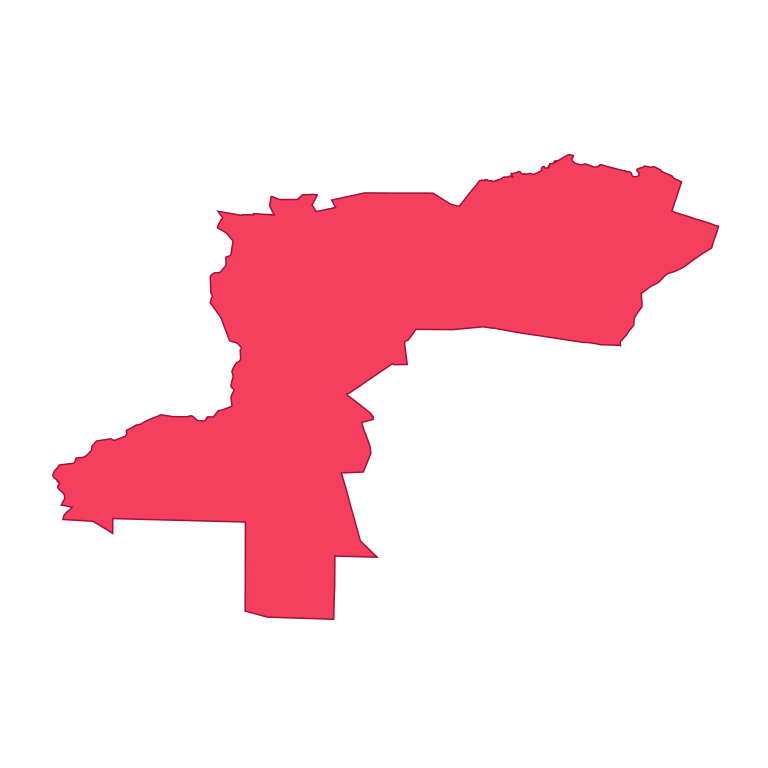 outline of Blontu pag., Ciblas, Latvia, rotated 183°
{"feature_id": "27541924B11369023113792", "entity_name": "Blontu pag.", "entity_type": "district", "adm_level": 2, "iso_a3": "LVA", "parent_name": "Latvia", "parent_adm1": "Ciblas", "projection": "robinson", "projection_center": [27.846, 56.653], "detail": "fine", "context": "isolated", "style": "filled", "palette": "rose", "viewbox_px": 768, "rotation_deg": 183, "n_neighbors": 0, "source": "geoboundaries", "source_scale": "gbopen_adm2", "svg_char_len": 6141}
<svg xmlns="http://www.w3.org/2000/svg" viewBox="0 0 768 768"><g transform="rotate(183 384 384)"><path d="M381.8,210.7L399.3,225.9L405.0,242.7L405.7,245.2L410.5,259.2L416.1,276.4L421.9,292.8L421.8,293.2L418.6,293.4L418.5,293.2L400.2,295.0L399.9,295.2L394.0,312.6L393.5,313.9L394.3,318.9L394.8,321.2L399.6,332.9L400.0,333.2L402.7,339.8L404.3,344.4L393.0,348.1L393.1,349.5L392.9,350.3L394.9,352.9L395.6,353.5L395.8,353.8L395.7,354.0L396.4,354.2L396.8,354.8L397.2,355.1L412.3,365.7L420.0,370.9L420.9,372.1L419.6,372.5L417.8,373.4L406.2,382.1L405.5,382.8L376.7,404.7L375.0,403.8L361.8,404.7L363.9,416.3L365.4,424.2L365.5,427.8L362.4,428.9L356.9,436.9L355.2,440.2L317.8,441.9L288.2,446.3L278.1,445.4L277.7,445.6L252.7,442.4L187.5,436.0L180.7,436.0L174.2,435.3L169.7,434.6L150.8,435.0L149.8,434.7L150.0,436.4L150.3,437.7L150.0,438.7L144.8,445.2L142.0,449.8L137.6,455.9L137.7,462.5L134.6,468.3L130.4,474.6L130.7,479.5L131.2,481.7L131.7,488.0L122.7,495.5L117.9,498.1L115.0,500.1L113.8,501.3L108.9,507.1L106.9,508.7L105.9,509.3L101.4,510.9L98.8,512.0L91.4,516.1L87.3,519.4L87.1,519.3L85.1,521.2L82.7,523.2L73.5,530.4L63.8,537.1L63.0,541.2L61.9,545.6L60.8,548.8L58.1,559.0L62.2,559.9L66.8,561.5L83.1,565.5L88.0,567.0L98.9,569.7L101.2,570.1L105.5,571.9L97.4,601.4L105.2,604.5L107.3,606.9L118.0,610.7L118.5,612.0L125.1,615.0L125.8,615.1L126.6,615.0L129.3,614.3L132.6,615.0L135.5,615.2L137.4,613.6L139.5,613.2L142.2,611.9L142.8,610.8L142.6,610.3L140.3,608.1L140.2,607.7L140.5,606.8L140.3,606.1L140.8,605.2L141.1,605.0L141.9,604.8L142.8,604.4L145.2,604.0L145.7,604.0L147.0,605.1L147.4,605.7L148.3,607.8L149.4,608.7L150.9,608.9L152.3,608.9L153.4,608.5L154.1,609.2L153.9,609.4L154.0,609.5L155.0,609.8L156.1,609.5L174.9,613.4L177.9,614.3L179.5,614.3L180.1,613.9L180.7,612.9L181.1,613.0L182.0,612.3L184.1,611.8L184.8,611.2L185.3,611.3L187.0,612.1L194.4,614.4L196.8,613.7L197.8,613.1L200.2,613.3L200.8,613.7L201.8,613.7L205.0,614.7L207.3,616.5L208.3,619.0L207.5,619.5L206.9,620.7L206.8,621.6L207.0,622.1L207.4,622.3L209.0,622.3L211.1,622.9L212.5,622.3L222.2,616.0L222.7,616.2L223.6,615.9L223.1,615.3L223.2,614.9L223.4,614.9L223.9,615.4L224.2,615.4L224.7,615.2L225.3,615.6L225.6,615.3L225.7,614.9L225.7,614.6L225.1,614.0L225.4,613.7L226.8,613.4L227.1,613.3L227.2,613.0L227.8,612.9L228.4,612.6L229.7,612.8L230.0,612.6L230.1,612.3L230.0,611.5L230.1,611.1L230.7,610.9L231.3,610.0L231.2,609.8L230.6,609.5L230.7,608.9L231.1,608.5L231.4,608.4L232.4,608.4L234.0,608.0L234.7,608.2L235.0,608.4L235.0,608.6L235.2,608.8L235.2,609.3L235.5,609.4L235.9,609.5L237.0,609.2L238.1,607.6L238.2,607.2L238.1,606.7L237.8,605.9L237.8,605.2L238.0,605.0L240.4,603.9L241.9,602.7L243.2,602.4L243.7,602.2L243.9,602.0L244.0,601.7L244.3,601.5L246.4,601.0L248.2,601.8L249.4,602.0L251.7,601.2L253.9,600.8L254.5,601.5L256.6,600.6L258.3,601.9L258.6,602.1L259.0,602.9L260.6,603.3L263.1,601.9L266.2,600.9L268.1,600.8L266.3,597.3L266.8,597.4L267.7,598.1L269.0,598.4L270.4,597.3L272.7,597.1L273.8,596.7L274.4,597.1L276.2,596.4L276.8,595.8L279.5,594.1L280.9,594.0L281.7,593.5L282.1,593.0L283.0,593.1L285.3,592.0L285.8,591.9L287.3,592.6L288.6,592.5L290.5,592.5L290.9,592.7L291.3,593.3L291.7,593.4L292.4,592.8L293.6,593.5L294.5,592.7L294.6,592.2L296.8,592.8L297.9,592.2L299.2,592.1L300.9,589.6L302.7,586.7L306.3,582.3L318.2,565.3L327.1,567.1L344.9,577.1L350.9,576.9L379.3,575.4L413.4,573.8L445.9,564.9L441.6,557.8L460.7,552.6L465.3,559.3L464.5,560.4L460.5,569.2L460.7,569.5L464.9,569.6L475.0,568.7L475.6,568.4L479.4,564.4L479.8,563.8L496.2,562.8L497.9,562.9L498.4,562.8L505.3,565.3L506.5,565.3L507.5,555.9L502.6,547.1L523.3,547.3L523.6,546.0L534.2,545.6L534.5,544.9L558.9,547.8L555.9,544.1L554.3,542.2L554.0,541.6L554.3,540.7L554.5,540.2L555.1,539.9L555.6,538.7L557.0,536.0L558.6,532.0L558.6,531.6L558.2,531.2L557.8,530.9L551.4,527.7L548.4,525.8L546.7,523.6L543.9,520.8L542.9,519.5L542.4,518.6L542.2,517.6L542.8,514.0L543.4,507.4L543.8,504.7L545.1,503.7L547.1,503.2L548.2,502.7L548.3,502.5L548.7,501.3L548.3,499.9L547.9,494.5L548.0,494.1L553.3,487.3L553.8,486.9L555.0,486.5L558.7,486.3L559.3,486.1L561.3,484.5L561.1,484.5L561.6,484.0L561.8,484.1L562.2,483.7L563.1,482.3L562.5,475.2L561.8,468.6L561.7,466.0L561.5,465.4L560.6,464.0L560.0,462.8L559.9,462.3L560.2,461.7L560.8,460.8L561.1,460.0L561.2,458.5L561.9,456.3L561.8,455.9L561.5,455.4L560.7,454.7L559.2,453.0L551.1,442.7L549.8,440.8L546.9,433.7L544.6,428.7L540.6,419.4L539.5,418.9L537.8,418.3L535.3,418.0L533.8,417.5L532.3,416.8L530.8,415.5L528.5,412.8L528.3,412.2L528.4,411.6L529.2,410.7L529.4,410.2L528.6,402.9L528.6,400.9L529.5,399.5L530.6,398.4L532.1,397.7L532.7,397.1L535.0,392.9L535.7,391.4L536.5,388.6L536.4,387.9L535.5,385.6L535.1,383.6L535.2,382.3L536.2,378.3L536.8,374.7L536.7,373.9L536.5,373.2L535.4,372.1L533.8,370.8L533.5,370.2L534.1,368.2L535.9,364.1L536.1,363.0L535.7,360.0L534.7,354.2L534.9,353.7L545.8,349.0L547.5,348.9L548.2,348.6L552.2,342.7L552.7,342.3L553.1,342.1L558.4,342.0L558.9,341.6L559.1,341.2L560.3,338.6L560.8,338.2L562.2,337.6L568.2,337.8L568.8,338.1L572.5,341.1L573.5,341.8L574.5,342.1L576.1,342.0L578.1,341.2L579.0,341.0L593.1,340.3L598.6,341.0L604.4,341.5L606.0,341.3L606.6,341.1L607.4,340.4L617.1,336.0L619.1,334.9L625.0,331.1L626.2,330.7L629.3,330.0L631.0,329.1L632.7,327.6L638.5,324.5L638.8,324.0L638.8,323.0L638.2,320.7L639.5,318.3L649.7,313.8L650.4,313.6L651.1,313.7L653.6,314.8L654.4,314.9L667.4,312.2L668.3,311.9L672.5,306.3L672.6,302.6L677.3,297.0L679.8,295.4L682.0,294.7L685.3,294.5L686.9,294.1L687.7,293.6L688.4,291.3L688.6,289.9L689.4,289.0L690.8,288.4L702.8,286.4L704.4,285.8L705.1,284.0L708.3,280.2L708.7,279.5L709.9,275.4L709.6,274.4L709.1,273.6L706.0,271.3L704.1,269.6L704.7,269.4L704.0,269.0L703.7,269.0L702.9,268.1L702.9,267.8L704.3,265.0L704.5,264.1L704.5,263.7L704.4,263.4L703.4,262.1L700.6,259.8L698.0,257.5L697.5,256.7L697.2,255.3L696.9,252.8L697.3,251.6L698.4,249.9L699.9,246.1L698.2,246.1L689.0,244.6L691.2,241.9L691.8,241.4L693.3,240.4L695.8,237.4L696.7,236.0L697.6,231.9L667.7,231.7L662.0,228.8L647.1,220.6L647.8,235.4L515.2,238.9L512.0,176.1L510.8,150.0L488.3,145.1L421.9,146.4L422.4,164.3L422.6,178.1L424.0,209.6L381.8,210.7Z" fill="#f43f5e" stroke="#9f1239" stroke-width="1.5"/></g></svg>